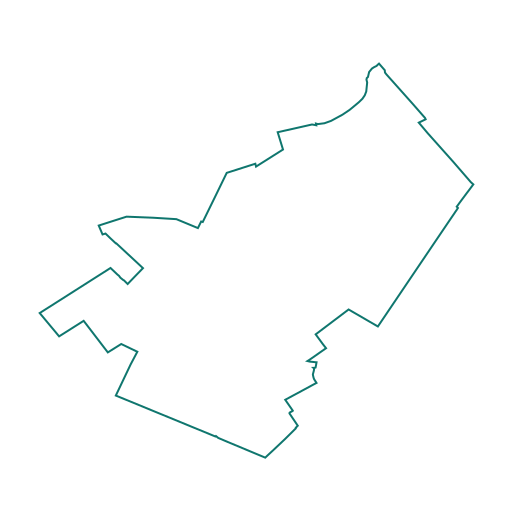 outline of Movilita, Ialomita, Romania, rotated 4°
{"feature_id": "2599482B73561302085915", "entity_name": "Movilita", "entity_type": "district", "adm_level": 2, "iso_a3": "ROU", "parent_name": "Romania", "parent_adm1": "Ialomita", "projection": "natural_earth1", "projection_center": [26.485, 44.626], "detail": "fine", "context": "isolated", "style": "outline", "palette": "teal", "viewbox_px": 512, "rotation_deg": 4, "n_neighbors": 0, "source": "geoboundaries", "source_scale": "gbopen_adm2", "svg_char_len": 1877}
<svg xmlns="http://www.w3.org/2000/svg" viewBox="0 0 512 512"><g transform="rotate(4 256 256)"><path d="M323.8,357.8L322.6,357.8L320.4,357.7L317.0,357.6L314.7,357.2L316.6,355.8L332.3,343.1L328.7,339.1L321.0,330.0L352.1,302.9L382.5,317.8L432.1,232.0L446.7,206.8L449.5,202.0L450.8,199.8L451.8,198.0L452.9,196.2L453.8,194.5L454.1,194.0L453.7,193.6L452.8,192.8L454.2,190.6L455.3,188.8L457.6,185.2L461.9,178.5L462.9,177.0L467.8,169.4L465.2,167.4L446.5,148.6L422.6,125.3L418.8,121.6L412.6,115.2L409.1,111.6L415.7,107.8L415.0,106.5L400.9,92.5L373.5,65.8L372.5,64.7L371.9,64.0L371.8,63.6L371.5,61.7L368.4,58.6L365.3,55.5L364.1,56.7L363.0,58.0L360.6,59.4L358.6,60.9L356.0,64.6L355.2,69.6L354.1,70.8L353.9,72.4L354.8,75.2L354.7,78.1L354.5,84.2L353.3,88.1L351.2,91.7L347.8,95.5L339.2,103.7L332.4,109.0L321.4,116.0L315.0,118.8L308.5,120.1L306.6,119.7L307.0,121.4L304.8,121.1L302.7,120.9L284.1,126.5L269.0,131.0L275.5,147.9L249.8,166.8L248.9,164.0L221.0,175.1L210.4,201.4L200.5,225.8L198.9,225.4L196.1,232.2L174.0,224.8L150.6,225.0L137.3,225.4L127.2,225.7L124.1,225.8L110.5,231.2L97.0,236.6L101.4,245.2L104.3,244.1L109.4,248.4L115.3,253.2L115.7,253.1L144.1,276.0L137.0,284.4L129.9,292.9L126.0,289.5L125.2,289.2L122.2,287.1L120.7,285.3L119.1,284.2L111.7,278.1L77.9,303.1L44.2,328.0L65.2,349.9L88.6,332.7L114.9,362.5L127.7,353.2L144.3,359.8L138.5,372.9L125.9,405.0L228.1,438.9L228.6,438.4L231.0,440.1L240.8,443.5L269.8,453.3L279.3,456.5L281.3,454.3L285.9,449.4L297.7,436.6L307.7,425.2L307.9,424.5L307.8,424.4L309.5,422.4L300.6,411.0L300.3,410.4L300.4,410.2L300.6,409.8L301.5,409.2L303.3,408.1L303.5,407.8L303.3,407.5L295.2,397.4L295.5,397.2L322.3,380.2L325.2,378.4L322.6,374.9L321.9,373.4L321.3,371.4L321.0,370.2L321.2,369.0L321.7,366.4L321.8,365.3L321.8,364.5L321.6,364.0L321.1,363.6L322.2,363.5L323.2,363.1L323.5,360.7L323.8,357.8Z" fill="none" stroke="#0f766e" stroke-width="2"/></g></svg>